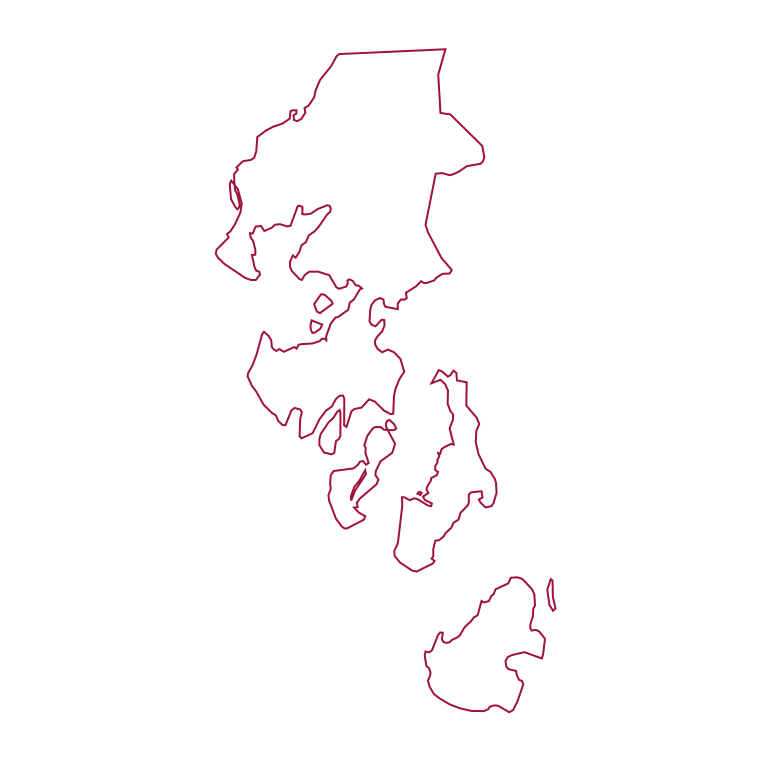 Cururupu, Brazil, rotated 178°
{"feature_id": "56859067B43503002903700", "entity_name": "Cururupu", "entity_type": "district", "adm_level": 2, "iso_a3": "BRA", "parent_name": "Brazil", "parent_adm1": "", "projection": "equal_earth", "projection_center": [-44.811, -1.604], "detail": "fine", "context": "isolated", "style": "outline", "palette": "rose", "viewbox_px": 768, "rotation_deg": 178, "n_neighbors": 0, "source": "geoboundaries", "source_scale": "gbopen_adm2", "svg_char_len": 6151}
<svg xmlns="http://www.w3.org/2000/svg" viewBox="0 0 768 768"><g transform="rotate(178 384 384)"><path d="M526.5,588.5L523.2,583.5L519.9,569.4L521.5,560.4L527.6,548.4L532.3,541.8L535.7,539.4L534.1,535.9L546.6,524.1L547.6,520.0L545.5,516.0L539.0,509.3L518.9,494.8L513.3,492.6L508.5,492.4L504.1,497.8L504.8,500.7L507.5,501.6L509.1,504.5L511.5,517.5L508.1,517.7L507.9,522.6L509.7,531.1L512.1,535.2L512.7,539.4L509.9,539.0L506.9,545.7L501.4,546.3L498.3,541.1L490.8,544.0L487.4,547.0L482.2,547.3L475.1,544.8L471.9,545.4L464.0,564.8L461.7,565.1L459.3,563.6L459.7,556.6L457.3,556.2L451.3,556.7L444.3,561.1L434.5,564.6L432.1,563.9L431.0,561.2L431.9,557.8L434.9,555.4L443.7,543.5L448.1,539.0L453.9,535.2L457.2,528.4L461.6,525.6L463.9,519.1L467.9,513.3L470.6,515.7L473.8,509.1L473.8,504.4L472.2,500.2L464.8,491.7L462.4,490.9L459.4,495.7L454.7,498.9L446.0,498.6L434.8,494.6L428.3,482.4L425.7,480.7L418.4,482.7L416.7,485.6L416.9,488.8L414.8,489.8L411.4,487.9L409.0,483.9L405.2,482.7L402.7,480.2L404.9,479.4L411.1,469.5L415.3,466.6L417.2,459.4L427.5,452.6L430.2,452.1L435.0,446.4L440.1,433.8L440.1,429.7L442.0,431.3L444.6,431.3L446.8,429.1L454.0,427.0L465.5,426.7L468.0,426.1L470.2,422.4L472.2,424.1L483.0,419.7L487.3,422.6L490.4,420.8L493.0,422.5L494.8,424.7L495.2,431.8L497.7,436.2L502.1,440.3L504.1,438.0L510.4,417.7L514.7,407.4L519.3,399.9L520.1,396.5L516.1,386.8L511.9,380.8L505.1,367.6L496.6,358.6L493.4,356.8L491.0,350.8L486.7,346.4L483.9,346.3L477.4,360.9L474.1,363.2L468.6,361.4L467.1,358.7L469.0,351.7L470.2,334.7L468.3,332.6L457.1,337.3L449.4,351.5L442.8,359.5L437.1,363.2L432.3,371.0L428.5,373.9L425.4,373.8L424.2,370.8L425.3,344.2L423.0,342.4L417.5,357.8L414.6,360.0L407.3,361.2L399.4,369.2L393.8,366.8L385.1,357.6L378.4,353.6L375.8,353.9L374.5,371.1L372.9,378.2L368.6,388.1L363.3,395.5L366.8,408.6L372.9,415.4L378.9,418.3L384.7,415.7L389.0,419.2L391.4,423.5L391.5,427.6L389.3,431.3L383.9,436.8L381.4,442.7L381.5,447.9L384.2,448.3L390.4,442.0L394.5,443.7L396.3,447.2L395.2,458.3L393.9,463.2L390.2,467.8L385.2,470.1L381.6,468.4L381.1,463.5L379.8,461.1L367.6,458.3L367.5,463.7L365.8,466.0L363.9,468.0L360.7,467.5L358.3,468.9L358.9,474.4L348.6,480.5L343.3,485.4L340.8,483.6L338.3,483.4L330.3,485.7L328.0,488.4L321.7,492.1L314.5,492.1L312.2,495.5L322.2,508.0L334.9,534.4L336.9,541.8L325.0,592.3L318.7,592.8L311.5,590.5L308.7,590.8L301.8,593.6L293.4,598.9L279.8,600.7L277.5,602.8L275.8,607.0L277.5,618.5L308.3,651.1L318.1,652.9L319.0,691.4L310.9,716.4L417.3,715.3L420.0,713.2L425.8,703.4L437.2,690.2L442.2,679.6L443.7,673.1L449.5,665.0L453.8,662.5L453.1,657.9L457.5,651.6L461.8,649.7L464.8,651.1L465.0,655.8L462.1,657.3L462.0,660.6L465.9,660.7L467.9,659.9L469.0,652.6L471.1,651.1L476.6,647.7L485.8,645.0L493.8,641.0L502.0,635.2L503.5,621.1L505.8,614.6L509.3,612.6L517.3,611.5L523.9,605.5L522.5,603.4L526.5,598.9L526.5,588.5ZM281.1,58.4L270.3,51.6L266.4,53.6L261.8,62.0L255.3,78.8L256.4,82.3L259.4,83.7L261.5,88.6L262.0,92.6L269.6,94.7L271.8,97.7L272.2,103.0L269.9,106.7L265.8,108.6L253.0,111.1L235.8,104.2L234.4,108.5L232.0,123.8L237.9,131.6L241.1,133.0L244.9,132.4L246.4,134.9L246.0,139.0L243.3,146.6L242.7,154.1L240.8,157.5L241.1,168.6L243.1,173.4L250.1,181.7L252.7,184.4L257.6,186.2L264.1,185.9L266.7,180.4L279.6,175.0L281.9,170.0L284.1,168.5L286.8,163.4L291.8,162.2L294.1,163.8L298.5,149.5L302.2,147.8L305.4,143.7L311.8,138.3L317.2,129.9L319.6,128.2L325.3,125.7L327.3,123.7L331.0,123.1L333.7,124.1L335.0,126.9L333.9,133.4L336.7,133.7L338.8,131.2L345.3,116.3L348.2,114.2L351.8,115.2L352.8,111.4L351.5,100.7L348.9,98.3L347.6,94.3L348.0,91.2L350.5,86.0L348.9,79.6L344.9,72.4L339.8,68.1L329.5,61.5L319.6,57.3L308.0,54.2L295.6,53.6L291.1,55.4L289.5,57.8L285.0,59.0L281.1,58.4ZM292.7,347.3L302.5,359.6L301.3,382.8L311.0,385.1L311.3,392.6L314.1,395.0L317.4,390.5L319.8,389.1L325.7,394.6L328.8,395.9L336.5,383.1L327.3,386.2L322.9,381.6L320.3,375.3L321.1,362.0L318.6,354.6L316.0,351.2L316.4,345.7L320.0,337.3L316.4,321.0L319.3,321.7L326.4,318.5L328.8,316.7L330.2,312.4L332.3,313.1L331.2,310.0L333.2,306.4L333.4,303.4L335.7,300.2L335.8,296.3L333.0,294.2L334.6,290.9L340.1,288.4L340.6,285.6L344.3,280.1L345.2,277.1L343.5,273.4L348.9,270.2L347.3,266.7L340.3,263.0L341.1,260.3L344.3,261.0L354.5,267.7L357.5,268.7L362.3,267.0L367.4,270.0L370.0,270.2L370.0,261.6L375.3,227.0L376.0,223.7L379.6,216.8L379.4,211.9L374.3,205.1L362.5,196.6L358.0,195.4L341.3,203.0L339.7,205.5L342.5,207.9L340.8,209.9L340.5,217.4L338.1,225.7L334.5,225.9L329.8,229.5L327.9,232.7L321.7,238.0L319.4,242.9L314.3,245.8L312.0,252.6L304.7,259.6L303.3,262.7L303.1,270.5L300.7,272.7L290.2,273.4L289.5,267.1L293.3,265.3L291.7,262.1L286.9,257.1L281.1,258.1L278.8,260.9L275.3,271.3L275.5,281.2L276.6,285.4L280.6,292.4L285.4,295.7L292.0,310.6L294.3,322.6L293.4,333.8L290.2,340.7L292.7,347.3ZM381.9,337.9L385.6,338.3L388.7,341.0L394.3,341.3L396.8,340.0L402.4,332.8L405.9,323.3L404.5,321.0L405.0,315.9L402.1,305.5L404.9,304.0L407.6,307.7L410.8,307.2L412.7,304.3L417.4,300.7L437.4,298.8L440.3,294.8L441.3,287.2L440.9,281.0L443.4,274.8L442.9,269.2L436.7,251.1L431.3,243.2L428.6,241.1L425.9,241.0L408.9,249.1L407.3,252.5L413.5,256.3L418.3,261.6L414.6,261.9L415.3,266.2L412.0,270.5L394.9,284.1L392.9,288.8L395.8,293.3L395.2,297.3L390.1,306.9L378.2,314.9L375.0,323.8L381.9,337.9ZM421.0,272.8L417.3,282.1L412.2,287.9L405.8,298.4L405.2,294.5L416.8,278.2L420.9,268.6L421.0,272.8ZM431.9,357.7L435.9,351.7L440.8,347.6L449.1,336.0L450.5,330.9L450.7,325.1L446.3,317.6L438.7,315.5L436.1,317.0L434.0,328.6L431.0,330.6L429.4,333.7L428.5,356.5L429.3,359.5L431.9,357.7ZM443.8,475.9L451.0,466.3L448.6,458.8L445.5,457.1L432.5,466.0L433.7,469.0L440.3,475.3L443.8,475.9ZM526.5,588.5L529.6,592.5L531.2,589.1L530.4,574.0L526.2,565.7L524.3,563.7L522.5,565.7L522.0,568.6L524.0,578.9L525.9,582.3L526.5,588.5ZM224.1,183.1L228.0,172.8L226.4,157.5L223.0,151.5L220.4,153.8L222.7,165.4L222.4,181.6L224.1,183.1ZM455.5,444.9L455.2,440.6L453.7,437.4L450.9,438.0L445.8,441.4L443.7,445.5L454.1,450.1L455.5,444.9ZM381.9,337.9L375.8,337.5L373.3,339.0L375.2,343.3L379.7,347.9L382.2,347.1L383.5,344.4L383.4,341.3L381.9,337.9ZM354.4,273.2L351.5,271.8L350.2,274.0L352.6,275.1L354.4,273.2Z" fill="none" stroke="#9f1239" stroke-width="2"/></g></svg>